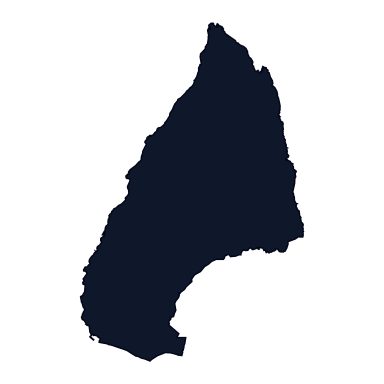 Nesodden nor, Akershus, Norway (Robinson projection)
{"feature_id": "86288312B79220193025286", "entity_name": "Nesodden nor", "entity_type": "district", "adm_level": 2, "iso_a3": "NOR", "parent_name": "Norway", "parent_adm1": "Akershus", "projection": "robinson", "projection_center": [10.655, 59.797], "detail": "fine", "context": "isolated", "style": "filled", "palette": "ink", "viewbox_px": 384, "rotation_deg": 0, "n_neighbors": 0, "source": "geoboundaries", "source_scale": "gbopen_adm2", "svg_char_len": 5924}
<svg xmlns="http://www.w3.org/2000/svg" viewBox="0 0 384 384"><path d="M302.7,237.0L303.1,235.7L303.0,231.6L303.4,231.4L302.8,230.4L303.2,228.8L302.6,227.0L303.2,224.9L302.6,223.3L301.3,222.4L300.8,219.8L300.6,217.5L300.8,217.3L299.7,216.0L299.1,211.0L297.2,209.5L297.1,208.3L296.0,206.8L296.5,204.1L297.0,203.7L296.0,203.5L294.8,201.3L294.4,200.1L294.3,197.2L293.3,194.3L293.5,193.8L292.7,192.1L294.6,183.3L294.8,178.6L295.7,176.9L295.1,173.4L295.4,172.9L295.1,172.1L295.4,171.9L294.8,171.4L295.3,171.1L295.8,171.9L296.2,171.8L296.0,171.0L293.3,168.9L293.4,167.0L292.7,165.9L292.8,164.7L292.4,164.3L292.7,163.7L290.9,163.0L290.3,161.5L288.4,160.6L286.3,160.2L285.5,159.4L285.7,158.6L286.3,158.7L286.0,158.4L286.3,158.1L288.1,157.3L288.7,155.8L287.0,153.5L287.1,151.8L286.6,151.5L287.2,151.1L286.6,147.9L287.0,147.8L286.2,147.4L286.1,144.5L285.1,143.4L285.5,143.0L284.8,141.3L285.3,140.1L283.6,137.3L284.0,136.5L283.0,134.9L283.2,133.7L282.8,132.6L283.1,131.6L282.6,131.0L283.3,129.5L282.8,126.2L283.1,123.6L282.5,122.1L280.5,121.3L280.6,120.2L279.9,119.3L279.8,118.2L279.1,117.1L280.0,116.7L278.4,114.8L279.7,112.6L279.4,111.6L280.0,109.5L279.7,109.5L280.1,106.4L279.6,103.5L278.4,98.1L277.4,95.9L277.5,94.6L276.8,91.3L274.8,87.7L273.0,86.0L272.4,86.3L271.9,85.5L272.6,83.6L273.4,83.4L272.6,83.2L272.4,80.8L270.3,77.1L269.0,72.7L267.8,72.5L268.0,70.3L266.5,69.1L266.1,67.7L264.1,67.4L262.8,66.5L262.5,67.1L262.8,68.2L262.2,68.6L262.6,69.2L262.1,69.3L262.4,69.9L261.8,69.9L261.6,70.5L261.9,71.9L260.3,71.6L260.5,72.6L260.0,73.2L259.3,73.2L257.7,70.9L258.6,70.0L257.3,70.9L257.2,71.4L255.3,71.1L254.7,70.4L254.7,69.3L253.9,68.4L253.6,66.4L252.1,64.7L252.8,62.4L252.6,61.4L250.8,58.4L249.2,57.3L247.6,53.6L247.5,51.6L246.0,48.5L243.7,46.6L239.8,44.9L238.8,44.2L238.5,43.3L237.3,42.9L236.4,43.1L235.4,40.7L224.9,33.3L224.9,32.3L222.0,29.1L222.4,28.7L223.8,29.5L222.1,26.9L221.1,26.4L221.2,27.0L220.4,26.2L219.7,26.2L218.2,24.5L218.1,25.1L216.7,23.6L217.4,25.2L216.7,25.4L217.1,26.7L216.8,27.1L215.9,26.9L213.3,24.5L213.4,24.0L213.1,23.8L213.9,23.0L212.9,23.8L212.6,23.3L211.1,23.3L209.0,25.0L208.8,25.8L209.4,25.9L209.8,26.9L209.4,26.6L208.9,27.4L210.1,29.3L208.7,28.9L209.0,29.7L207.9,29.7L207.7,30.7L208.7,35.6L208.2,36.7L208.4,38.0L207.6,44.0L206.6,44.8L206.3,45.8L205.4,46.8L205.4,48.4L204.3,50.8L203.8,51.0L203.8,50.5L200.6,53.9L200.2,56.9L201.3,63.6L200.5,65.1L200.0,64.8L199.4,66.7L198.7,67.5L198.7,71.7L198.1,72.3L196.9,76.5L195.0,79.9L194.2,80.3L194.1,80.7L194.5,81.3L193.6,84.1L192.0,86.4L189.7,88.1L188.7,89.6L186.4,91.4L186.2,92.3L180.8,97.8L177.9,99.5L177.4,101.1L174.8,104.1L172.1,110.3L170.3,112.8L169.8,114.2L169.8,115.6L166.8,120.5L165.5,122.2L165.0,122.4L164.6,124.1L161.2,127.3L158.2,128.0L157.3,128.9L156.5,131.5L154.8,132.6L153.4,134.6L151.2,136.3L149.9,136.5L150.5,135.5L149.8,135.5L149.3,136.0L149.5,136.4L148.2,136.6L147.1,137.6L146.6,139.7L145.3,141.0L144.9,142.2L145.5,143.1L146.3,143.4L146.3,144.4L142.9,151.1L142.6,153.4L141.5,156.4L141.2,159.7L140.6,160.9L138.8,162.1L135.8,165.5L130.1,169.8L128.7,171.8L128.4,173.5L129.0,173.9L127.2,174.7L127.5,175.2L127.3,175.6L125.9,176.0L126.2,177.8L127.0,178.5L128.7,178.4L130.3,180.2L127.6,186.4L127.6,187.8L128.5,189.8L128.9,192.5L128.4,194.5L127.2,196.1L128.0,195.8L127.2,196.2L126.3,197.5L125.7,197.4L125.4,198.1L125.8,198.2L125.5,200.2L121.4,204.2L118.5,205.6L115.9,208.1L114.1,208.7L112.3,211.3L111.8,211.4L111.2,213.7L110.2,214.0L109.0,215.7L109.9,217.0L109.1,217.1L109.2,218.5L108.4,219.0L108.2,220.7L108.7,220.9L108.0,221.8L108.2,223.9L107.2,225.4L106.2,225.9L105.5,227.4L104.8,231.3L105.3,231.5L105.2,232.2L104.1,231.7L102.4,234.8L102.9,234.9L104.1,232.5L104.8,232.8L104.4,235.7L100.8,238.4L100.7,240.5L101.7,242.2L99.6,245.2L97.5,246.6L96.9,248.2L97.7,249.0L96.9,250.3L96.9,251.3L96.3,252.0L95.4,251.3L95.7,252.4L94.5,252.9L93.1,255.4L91.9,256.2L89.6,259.3L89.1,261.7L90.0,263.3L89.7,264.3L88.3,265.3L87.5,267.0L85.4,267.0L85.0,267.3L83.6,269.9L83.7,270.9L84.8,271.0L86.8,272.4L86.9,273.8L83.2,279.0L84.0,280.9L82.8,282.5L83.1,284.2L84.6,284.6L85.2,285.2L84.7,291.6L82.9,294.8L82.7,296.1L81.4,296.0L80.6,296.7L81.6,302.4L82.0,302.7L83.3,307.2L84.8,309.2L83.9,311.6L83.3,312.2L82.9,313.9L82.4,314.3L82.3,315.8L81.5,317.1L82.3,319.5L84.2,320.4L86.4,324.0L85.9,324.3L87.3,325.4L87.9,325.1L89.2,326.1L89.9,331.9L91.0,334.1L92.0,334.5L89.9,336.8L90.1,337.1L93.4,340.0L93.7,339.7L90.3,336.8L91.8,334.9L92.7,334.5L93.7,334.9L93.6,335.4L94.8,335.2L97.4,336.1L98.1,337.2L100.6,338.6L99.3,340.7L99.2,342.3L107.5,343.8L108.3,344.5L110.9,344.9L123.7,349.2L127.1,350.5L135.6,355.9L138.4,356.5L140.9,357.9L144.8,358.9L150.0,361.0L151.6,359.4L157.5,355.6L165.4,352.5L170.7,352.8L177.4,354.6L177.7,355.0L181.8,355.5L182.6,352.5L182.4,350.4L183.0,350.2L182.7,349.7L183.2,349.5L183.7,348.1L184.1,345.0L184.7,344.0L185.7,337.6L176.7,337.6L178.8,333.7L168.5,324.8L169.3,323.8L168.7,321.7L170.8,318.9L170.5,318.6L170.6,317.4L173.5,316.5L174.5,313.1L175.8,310.3L174.6,303.5L176.1,300.4L177.6,298.8L178.8,296.8L179.3,294.9L178.6,292.9L180.0,293.3L180.5,292.4L184.4,289.4L186.3,286.6L191.8,281.6L191.6,279.0L194.6,274.8L200.5,271.5L204.5,266.6L208.6,264.0L211.5,261.4L216.2,259.3L223.4,259.3L224.5,257.8L224.4,256.3L227.8,254.6L229.1,254.6L230.5,256.6L235.6,256.1L238.9,254.8L240.9,254.8L240.9,253.6L242.1,251.1L243.5,250.0L245.7,250.5L247.8,250.3L249.2,248.3L250.7,247.9L251.9,248.8L252.1,249.4L252.9,249.6L256.2,248.5L256.7,247.5L257.2,247.6L258.0,248.9L258.9,249.3L259.2,249.0L258.4,247.9L259.2,247.1L260.4,247.7L262.6,248.0L263.9,249.8L263.9,250.4L265.6,250.1L265.7,251.4L266.3,252.6L266.7,252.5L266.6,251.9L267.7,251.3L268.8,252.8L269.5,252.7L269.8,252.0L271.4,252.1L272.5,251.3L274.4,250.8L275.7,249.9L275.9,249.0L276.8,248.8L277.7,249.1L278.9,251.0L280.1,251.8L283.6,251.9L284.1,251.2L285.0,251.2L286.6,248.4L288.0,244.1L287.9,242.0L288.3,241.5L295.1,239.0L298.3,236.8L299.5,236.5L299.6,236.9L302.7,237.0Z" fill="#0f172a" stroke="#020617" stroke-width="1.5"/></svg>